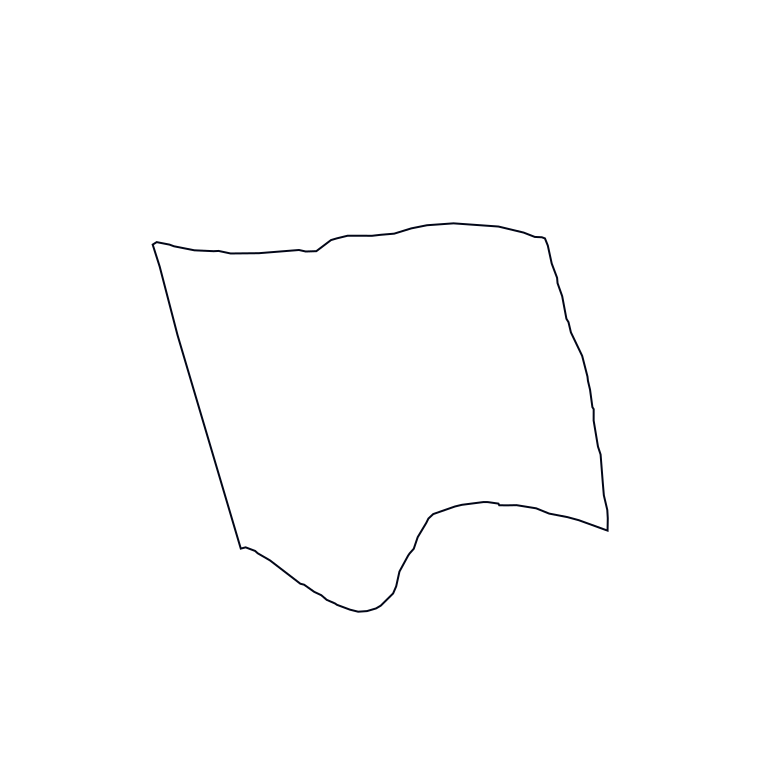 Santa Ana Huista, Huehuetenango, Guatemala, rotated 317°
{"feature_id": "79465075B69747530390651", "entity_name": "Santa Ana Huista", "entity_type": "district", "adm_level": 2, "iso_a3": "GTM", "parent_name": "Guatemala", "parent_adm1": "Huehuetenango", "projection": "natural_earth1", "projection_center": [-91.844, 15.746], "detail": "fine", "context": "isolated", "style": "outline", "palette": "ink", "viewbox_px": 768, "rotation_deg": 317, "n_neighbors": 0, "source": "geoboundaries", "source_scale": "gbopen_adm2", "svg_char_len": 1258}
<svg xmlns="http://www.w3.org/2000/svg" viewBox="0 0 768 768"><g transform="rotate(317 384 384)"><path d="M309.9,124.3L300.0,145.2L266.3,207.5L167.0,406.7L171.4,409.1L175.9,418.2L176.2,421.7L180.3,435.2L186.6,473.0L188.7,476.3L191.2,488.4L194.1,495.7L194.9,502.8L198.5,511.1L199.0,513.4L205.2,525.8L209.8,532.9L216.7,538.5L225.1,542.7L230.5,543.9L247.8,543.4L254.9,540.3L267.4,531.7L284.5,526.0L287.1,525.4L293.4,524.8L304.2,519.0L320.2,514.4L324.7,512.7L331.3,512.7L352.4,522.0L358.6,525.5L376.4,538.3L379.4,541.2L386.1,549.5L385.6,551.3L391.5,556.9L398.3,563.0L410.5,578.7L416.4,591.4L427.4,606.5L433.6,616.5L445.6,640.0L447.5,643.7L456.1,634.8L461.4,628.4L468.9,615.3L477.0,605.0L494.3,583.3L497.8,575.7L512.4,553.7L520.2,545.4L520.6,543.1L530.8,528.7L535.3,520.8L537.9,517.3L548.1,498.6L555.9,473.7L561.1,464.6L561.9,460.7L574.2,441.3L579.7,428.6L583.0,424.4L588.8,410.3L598.2,394.5L601.0,387.3L599.5,384.3L594.6,379.3L589.4,368.5L575.1,346.9L544.4,313.9L523.7,297.2L510.1,288.8L494.0,281.0L483.3,272.6L476.4,267.5L458.6,250.8L448.8,245.3L443.4,242.6L425.1,240.7L417.1,233.7L413.2,228.0L381.7,203.0L360.8,183.9L353.8,173.9L350.0,170.7L336.5,156.9L324.3,140.0L322.2,135.8L314.5,125.2L309.9,124.3Z" fill="none" stroke="#020617" stroke-width="2"/></g></svg>